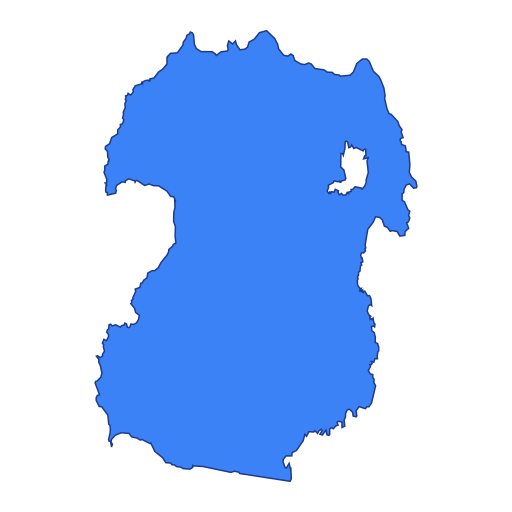 Sukabumi, Jawa Barat, Indonesia
{"feature_id": "22746128B66929526216355", "entity_name": "Sukabumi", "entity_type": "district", "adm_level": 2, "iso_a3": "IDN", "parent_name": "Indonesia", "parent_adm1": "Jawa Barat", "projection": "equal_earth", "projection_center": [106.689, -7.076], "detail": "fine", "context": "isolated", "style": "filled", "palette": "blue", "viewbox_px": 512, "rotation_deg": 0, "n_neighbors": 0, "source": "geoboundaries", "source_scale": "gbopen_adm2", "svg_char_len": 6034}
<svg xmlns="http://www.w3.org/2000/svg" viewBox="0 0 512 512"><path d="M167.0,57.1L167.0,64.0L162.5,69.4L158.6,71.9L154.0,78.0L149.9,78.9L150.0,80.4L149.1,81.2L148.6,80.2L145.5,80.5L142.7,82.0L142.6,83.4L141.9,82.4L141.4,83.9L135.3,85.8L133.0,89.4L133.3,91.8L131.9,93.7L130.5,95.1L128.1,93.3L127.5,95.3L125.5,95.9L126.0,97.5L125.3,99.3L126.2,101.0L124.9,103.8L125.2,107.8L123.2,112.3L123.6,114.3L122.6,118.1L123.7,119.3L123.2,122.4L122.0,124.1L120.3,124.5L120.5,126.8L117.7,129.9L117.8,133.8L111.7,137.5L109.6,143.7L105.5,146.4L105.2,148.9L107.5,151.5L107.8,157.4L108.8,158.4L108.9,160.9L108.2,161.1L107.9,164.1L104.7,166.2L104.8,170.5L104.0,172.2L106.8,179.3L106.6,182.9L105.2,183.0L106.7,185.3L106.0,185.8L105.6,190.4L105.9,192.1L107.1,192.5L107.5,195.1L115.6,193.2L116.3,190.8L115.6,188.3L116.6,185.4L122.2,181.8L125.2,182.4L125.5,180.7L128.7,178.8L134.6,180.8L135.1,182.2L136.2,180.4L137.2,180.5L144.7,185.5L149.1,184.0L153.6,185.7L158.6,185.8L166.9,191.1L170.6,196.3L173.8,196.9L175.5,200.9L174.8,202.2L175.0,200.9L174.7,200.7L175.0,207.2L173.8,212.6L173.6,221.4L175.4,226.6L175.1,236.3L175.9,243.0L173.3,244.4L172.6,246.2L168.8,249.5L168.6,252.0L167.0,255.1L161.0,262.6L158.2,267.8L154.9,270.5L151.9,270.8L147.7,273.1L147.0,277.9L143.6,280.3L142.4,282.8L140.8,283.2L139.9,287.4L135.2,289.1L135.7,291.4L132.9,297.6L132.9,299.4L131.5,300.4L131.7,302.9L130.8,303.6L134.5,308.2L135.6,312.4L139.3,315.3L138.5,319.5L136.5,322.9L133.9,324.4L130.9,324.0L129.9,327.0L128.3,327.6L127.4,327.2L126.5,323.9L124.8,323.1L124.0,325.1L121.7,325.6L120.3,327.1L115.6,324.8L112.1,325.9L110.7,324.2L109.1,324.7L108.6,329.0L107.5,329.7L106.7,332.2L108.5,334.4L108.5,336.8L106.4,340.7L103.9,339.3L102.4,343.3L103.6,344.5L103.4,347.2L104.5,351.1L102.5,354.3L102.6,355.9L100.1,357.6L97.7,355.8L96.4,356.2L98.9,359.5L98.7,362.0L100.4,365.7L101.9,373.0L100.8,377.3L97.1,381.1L95.6,381.4L95.1,382.9L99.5,394.8L97.3,395.5L96.2,397.6L96.2,400.4L99.2,406.5L101.8,406.8L107.9,415.2L108.7,424.1L109.9,425.3L110.3,428.1L110.2,432.5L108.5,439.7L109.2,441.3L110.5,441.2L111.5,447.0L112.4,444.2L111.1,442.0L111.4,439.5L115.3,435.2L121.2,432.8L129.0,433.4L131.7,436.9L137.2,438.1L140.1,440.0L142.2,439.6L150.1,443.6L150.8,443.1L154.9,451.5L162.4,457.5L165.9,462.7L170.8,463.1L172.0,464.8L174.0,464.7L176.8,466.7L180.8,467.1L183.0,468.6L190.0,469.1L192.0,468.0L192.5,466.5L192.7,467.5L193.2,465.9L203.0,466.5L231.0,472.4L234.5,471.2L238.9,472.2L239.7,473.5L290.1,481.3L291.3,478.8L290.8,467.3L290.4,468.6L289.1,463.4L286.4,468.0L285.2,467.6L283.0,461.8L283.5,459.1L286.1,455.9L291.8,455.9L292.1,452.6L296.5,450.4L303.2,440.7L304.8,434.4L306.5,436.3L308.9,431.7L313.8,432.0L314.9,430.7L317.6,433.4L318.8,431.0L321.2,429.3L322.3,430.6L319.9,434.2L322.4,435.0L325.9,430.2L327.0,434.9L329.0,435.4L329.7,434.4L329.7,428.9L331.7,427.6L333.3,428.8L335.8,425.9L338.1,425.2L337.1,422.5L338.2,421.3L341.9,422.0L342.0,427.5L344.8,426.2L344.1,420.1L345.4,417.2L345.7,413.1L347.4,409.8L349.5,409.2L352.6,412.3L353.2,416.1L356.2,416.8L356.8,416.0L356.1,410.7L359.2,406.6L365.3,408.7L366.9,406.8L368.9,406.8L371.5,403.1L375.6,385.8L373.9,382.6L374.1,379.2L372.8,377.6L372.8,374.5L370.4,374.1L368.3,370.7L370.4,366.7L369.8,364.6L371.3,364.7L372.1,363.5L371.4,361.5L373.8,362.2L374.9,358.7L377.4,358.8L377.2,355.8L377.9,351.6L378.7,350.9L378.7,347.0L377.5,343.5L375.2,342.5L375.3,337.0L374.2,332.6L371.9,330.8L371.5,326.6L373.5,325.8L374.6,326.9L375.0,324.1L374.0,323.3L373.0,318.1L371.9,319.6L370.8,318.4L370.1,319.3L369.7,316.7L370.6,316.2L368.7,314.7L367.2,311.0L368.4,305.9L370.4,304.6L371.7,305.6L371.0,298.8L369.5,295.7L367.4,295.6L364.8,291.2L363.1,291.1L363.1,292.5L361.5,291.5L362.1,290.2L360.0,291.2L359.7,290.2L360.8,290.0L361.4,288.3L359.9,288.5L357.6,285.0L357.3,280.4L358.1,278.8L357.4,276.4L358.5,275.4L358.6,272.2L360.0,271.0L360.4,266.0L361.7,265.1L360.8,262.7L362.8,262.0L362.2,258.1L361.5,258.2L360.6,255.0L361.8,252.6L363.7,252.9L365.4,251.0L365.0,248.6L365.8,247.9L365.1,245.0L367.8,229.3L373.3,222.1L375.5,216.8L379.7,217.4L382.4,220.0L384.4,226.2L387.5,227.4L390.2,231.3L392.3,230.6L397.2,231.6L399.8,236.1L404.8,235.4L405.0,231.7L408.7,228.3L406.6,222.8L408.0,222.2L409.5,219.4L409.7,217.5L408.6,215.6L409.8,211.3L407.9,209.7L404.4,201.7L402.1,200.4L402.2,193.6L403.8,192.6L404.0,189.3L406.2,185.1L409.5,183.8L413.6,188.2L416.5,187.7L416.9,186.1L415.8,181.1L411.7,177.2L409.3,172.4L409.9,164.5L408.7,152.1L406.2,151.7L405.4,145.9L401.6,144.5L401.1,141.6L400.1,140.7L400.4,138.5L403.1,137.6L401.2,132.2L402.0,129.6L399.3,125.9L397.8,121.5L391.1,114.3L389.2,113.8L387.0,108.9L384.6,98.5L385.1,95.8L383.9,88.1L380.8,80.1L378.9,76.5L373.3,71.2L369.3,61.5L366.7,59.0L362.2,59.1L356.9,63.4L353.4,72.0L350.2,75.2L340.4,76.2L339.1,75.0L334.6,74.5L332.3,72.4L327.1,72.1L324.2,69.9L314.8,68.5L311.4,64.1L308.6,63.0L304.6,64.6L300.6,63.9L294.7,60.4L293.2,55.6L290.9,54.0L288.0,56.1L283.7,55.3L278.6,48.8L277.6,44.1L274.6,38.4L266.6,30.7L259.5,32.6L254.2,39.3L249.1,42.0L247.5,47.2L244.9,49.1L239.9,49.8L236.6,44.8L235.4,40.9L232.7,44.0L228.8,41.0L227.4,45.7L228.2,49.3L227.4,51.0L221.1,51.8L216.2,55.5L215.3,53.8L212.1,51.7L201.0,51.6L196.3,48.5L194.4,44.4L193.5,34.8L192.3,32.8L190.3,32.0L189.5,33.8L186.9,35.3L186.0,38.5L183.3,42.1L182.9,45.1L177.3,52.9L170.5,53.3L167.0,57.1ZM347.6,141.7L348.8,147.7L350.7,146.9L351.7,144.9L353.8,148.5L356.3,147.5L363.1,150.9L363.7,149.5L365.6,149.2L366.0,155.5L364.7,155.9L363.6,158.9L368.2,157.7L367.0,161.1L368.3,172.5L366.1,180.2L366.2,182.5L364.8,185.9L362.1,189.1L361.1,187.9L355.0,186.8L352.6,189.5L351.1,189.5L351.2,191.3L348.6,192.2L348.6,193.5L347.2,192.4L345.9,194.9L343.2,195.3L341.5,193.4L339.2,194.8L338.0,192.2L338.5,190.9L335.3,189.3L334.1,192.1L331.2,191.7L330.7,193.3L329.7,192.1L328.9,193.5L327.1,191.1L328.6,187.6L328.3,185.3L333.2,182.7L334.2,180.9L337.9,181.8L339.6,181.1L340.0,182.3L340.8,182.2L341.4,181.0L345.2,179.9L345.8,178.5L343.9,170.0L340.7,166.9L340.9,154.7L341.1,153.5L342.7,153.6L343.3,155.3L345.0,148.1L345.1,142.2L345.8,141.2L347.6,141.7Z" fill="#3b82f6" stroke="#1e3a8a" stroke-width="1.5"/></svg>